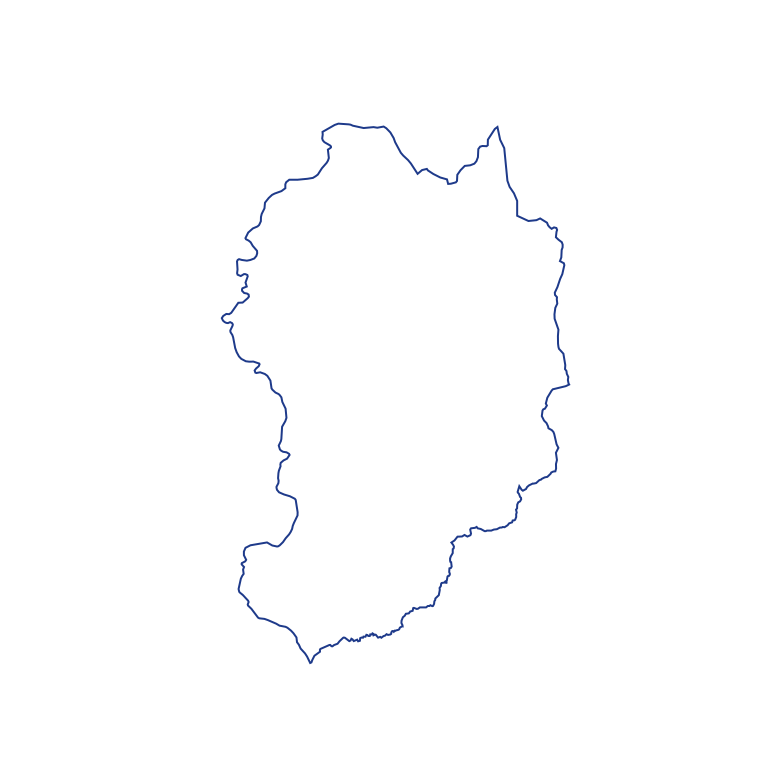 the district of Tarqui, Huila, Colombia, rotated 119°
{"feature_id": "7082276B81769369413646", "entity_name": "Tarqui", "entity_type": "district", "adm_level": 2, "iso_a3": "COL", "parent_name": "Colombia", "parent_adm1": "Huila", "projection": "albers", "projection_center": [-75.833, 2.127], "detail": "fine", "context": "isolated", "style": "outline", "palette": "blue", "viewbox_px": 768, "rotation_deg": 119, "n_neighbors": 0, "source": "geoboundaries", "source_scale": "gbopen_adm2", "svg_char_len": 6166}
<svg xmlns="http://www.w3.org/2000/svg" viewBox="0 0 768 768"><g transform="rotate(119 384 384)"><path d="M663.8,313.3L662.7,312.5L660.2,312.9L655.4,313.1L649.2,310.2L647.5,311.2L646.6,311.2L638.7,305.2L638.3,304.5L638.8,302.8L638.4,301.9L636.5,301.1L633.7,298.7L630.6,298.2L625.8,296.7L625.2,296.2L624.9,295.1L625.7,289.7L624.6,288.9L622.6,289.0L622.6,287.8L623.5,285.8L620.6,283.5L621.6,281.9L620.3,280.6L617.8,281.6L616.7,280.8L616.1,279.4L614.9,279.5L614.0,277.7L611.9,277.8L611.6,276.7L612.0,275.6L611.3,274.3L609.6,274.6L609.1,273.3L607.7,273.2L607.7,272.1L608.8,271.3L607.5,270.3L607.3,269.6L608.7,266.2L607.0,264.7L607.2,263.3L604.7,262.2L603.6,261.1L601.6,260.5L601.5,258.8L600.0,257.0L599.1,256.6L597.6,257.2L596.1,257.0L595.7,256.3L596.0,255.3L594.6,255.1L594.4,254.4L593.8,254.1L592.1,252.3L591.2,251.8L589.4,252.0L587.2,250.7L587.0,250.2L586.0,250.9L584.6,252.9L582.5,253.9L578.9,254.4L576.6,253.5L574.4,253.5L572.6,251.1L570.3,250.8L568.5,249.0L565.8,249.8L565.3,249.3L564.9,246.4L564.2,245.4L562.0,244.3L559.0,238.9L557.0,238.1L556.1,236.6L555.0,236.2L554.9,234.1L554.3,233.5L552.0,233.6L549.6,234.6L548.1,234.5L546.7,235.1L542.1,233.7L537.0,235.4L535.5,236.5L533.2,236.3L530.9,237.2L530.1,237.1L528.4,235.0L527.6,233.0L527.0,233.2L526.7,234.5L525.4,233.8L521.6,235.1L520.7,234.8L520.4,234.2L518.9,234.0L517.8,234.6L516.9,235.8L513.5,237.4L512.4,236.3L510.9,236.3L507.3,238.9L507.4,239.7L506.5,240.5L504.6,241.6L502.4,242.0L498.6,241.9L495.1,243.8L494.1,243.4L492.3,244.0L491.2,245.5L490.0,248.2L486.7,246.5L481.9,245.7L479.5,241.8L477.0,240.4L477.0,237.1L474.6,235.3L474.0,235.1L472.6,235.4L469.6,238.0L468.2,238.0L467.8,237.6L465.7,234.7L464.1,233.7L464.8,232.1L463.9,229.1L463.9,224.7L463.3,223.6L462.3,222.9L460.2,219.1L458.0,217.3L456.3,214.9L453.4,213.0L452.4,211.4L451.5,210.8L450.8,209.1L447.6,207.4L445.2,207.0L442.9,204.9L441.0,205.3L439.9,203.8L439.1,203.5L436.2,203.9L433.8,205.3L432.1,205.6L429.9,207.6L428.3,207.3L424.9,209.0L422.4,209.2L420.7,208.1L418.4,208.1L417.1,209.0L416.8,210.2L414.5,212.9L414.1,214.3L413.6,214.8L407.8,216.1L409.8,212.3L410.0,210.8L407.0,208.9L404.7,208.9L402.3,208.0L398.9,205.6L398.7,205.0L396.9,202.9L392.7,201.5L391.5,200.3L390.6,200.1L387.8,198.2L386.0,196.1L381.8,194.8L380.3,194.8L378.5,193.5L377.3,191.8L374.5,192.5L370.6,194.8L366.6,195.9L360.8,200.3L355.3,200.5L353.1,203.8L345.2,210.9L343.8,212.6L343.0,214.9L343.0,218.7L341.5,220.0L339.4,222.9L338.4,226.3L335.6,230.4L330.3,232.5L328.9,232.4L327.6,231.3L323.9,231.1L322.6,233.0L316.8,234.5L308.7,234.2L306.8,233.8L297.8,224.0L294.7,221.8L294.0,222.9L291.4,225.1L288.5,226.2L286.4,229.1L284.2,230.7L283.2,232.9L279.6,234.6L270.5,241.8L268.4,248.0L267.0,249.4L264.4,251.3L257.8,255.1L251.9,257.8L244.2,266.4L240.4,268.7L234.3,271.1L229.7,271.4L226.2,273.9L224.2,274.8L223.2,277.6L221.3,278.9L215.2,279.3L206.6,280.9L201.5,281.3L192.6,283.9L191.2,285.2L191.2,289.7L187.3,290.3L180.6,293.6L178.0,294.0L175.5,295.3L173.8,297.2L173.2,301.3L172.3,304.8L167.3,306.9L165.3,307.3L164.0,308.9L164.6,311.2L167.0,312.6L166.6,315.1L165.7,317.4L163.9,319.6L163.5,327.7L166.8,330.1L171.4,336.7L172.3,349.1L159.3,356.3L154.2,362.8L150.7,369.7L146.4,374.6L119.4,393.2L114.1,400.8L104.2,409.4L107.2,410.7L119.9,411.6L124.9,409.0L126.3,409.6L128.1,413.3L129.8,415.0L132.8,415.4L140.1,411.8L144.3,411.2L147.5,411.8L150.9,414.6L154.1,419.1L159.9,420.7L165.5,421.3L171.0,418.6L172.8,418.9L176.4,422.6L177.9,424.9L174.5,428.1L176.1,434.9L176.4,442.6L175.9,449.2L175.1,450.8L178.4,454.4L183.9,456.5L178.1,467.4L176.5,471.5L174.9,477.9L173.6,481.4L167.1,491.5L164.2,494.8L160.9,500.4L159.2,506.0L159.0,509.1L163.1,514.1L164.4,517.7L170.0,525.9L173.2,536.5L173.4,539.0L174.0,540.7L178.4,550.1L181.3,552.7L193.3,560.0L195.6,558.5L199.2,557.1L200.6,555.6L201.4,553.3L201.5,547.0L201.9,545.6L202.7,545.1L203.6,545.3L206.2,546.7L213.1,541.8L215.8,541.3L218.4,541.4L225.4,542.9L232.9,543.4L235.4,544.5L238.2,546.1L241.6,550.4L247.3,558.7L251.3,565.9L255.0,567.4L257.2,567.1L260.6,565.2L265.0,567.2L270.5,572.0L272.9,573.6L277.1,575.0L283.1,576.0L288.3,573.7L294.6,573.4L297.5,572.6L301.4,570.6L305.5,570.3L307.5,571.0L311.5,574.1L317.4,576.2L323.6,575.9L324.3,574.9L324.2,571.9L324.7,569.3L326.8,565.8L329.1,559.6L331.1,558.3L333.8,557.7L337.1,558.3L340.3,561.0L342.6,563.7L344.4,568.4L345.1,571.3L346.4,572.1L348.0,572.0L354.9,567.6L358.3,566.2L359.4,565.0L359.0,561.6L355.7,559.7L355.1,558.4L354.9,556.4L355.9,555.4L362.4,554.3L365.3,551.3L368.9,554.2L370.0,554.1L371.3,553.3L372.2,550.4L371.3,547.7L371.4,545.8L373.1,544.5L375.0,544.8L381.3,547.1L383.6,550.8L395.8,552.1L398.0,553.3L399.2,555.9L402.4,557.6L405.0,557.8L406.6,555.6L407.1,553.4L407.0,551.6L406.4,550.0L404.5,548.6L404.4,546.5L404.9,545.5L405.4,545.0L406.6,544.7L411.6,544.4L412.3,544.0L413.2,543.2L414.6,540.5L416.3,538.6L424.7,531.6L427.6,528.3L430.2,524.2L431.2,521.0L431.1,515.9L429.9,512.9L427.7,509.0L426.6,503.0L427.1,502.4L429.2,502.2L432.5,503.4L434.9,503.7L436.4,502.1L436.3,501.0L433.8,498.0L433.0,493.1L433.4,490.0L436.1,485.0L442.4,480.2L443.1,478.8L444.1,474.8L443.9,471.4L444.2,470.0L445.4,467.3L449.0,464.2L453.3,458.1L460.9,452.9L464.4,452.3L470.8,452.4L481.9,447.1L483.9,446.5L488.9,446.2L491.7,443.3L492.2,441.6L492.2,439.4L491.0,436.1L491.1,433.2L491.8,432.2L496.3,432.6L499.5,434.8L503.0,436.1L504.7,435.6L506.1,434.6L510.8,433.9L513.2,433.1L517.7,431.0L519.8,429.2L522.0,428.3L526.0,428.2L526.9,427.7L528.4,426.3L529.6,423.3L529.1,417.9L527.8,411.9L527.6,406.4L528.1,405.2L529.0,404.4L538.0,397.4L540.9,395.9L549.4,395.4L552.4,395.0L555.3,394.1L558.7,393.9L561.6,394.1L566.5,395.2L571.3,395.7L575.7,397.0L577.3,397.9L578.0,398.8L579.4,403.4L579.3,409.5L589.8,422.6L594.4,425.7L598.5,425.3L601.7,423.5L604.6,419.3L606.4,419.4L609.6,421.5L610.2,421.4L610.8,421.0L611.9,417.7L614.6,417.3L618.1,414.7L620.6,415.0L623.7,414.8L633.8,411.8L635.4,410.4L636.2,409.4L637.0,405.1L639.4,397.8L640.3,396.7L642.9,396.3L643.7,395.5L644.9,391.0L649.4,380.9L649.4,379.5L647.4,374.7L646.8,371.2L645.9,362.1L646.0,358.2L644.1,352.4L644.0,350.3L644.8,345.7L645.9,342.3L648.1,337.7L652.0,334.9L653.3,332.0L655.8,328.7L657.9,322.5L659.7,319.1L663.8,313.3Z" fill="none" stroke="#1e3a8a" stroke-width="2"/></g></svg>